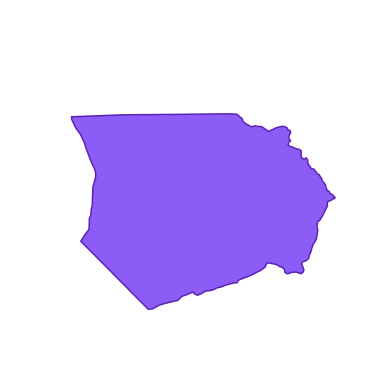 Poço Redondo, Sergipe, Brazil (Natural Earth projection), rotated 240°
{"feature_id": "56859067B19091315628692", "entity_name": "Poço Redondo", "entity_type": "district", "adm_level": 2, "iso_a3": "BRA", "parent_name": "Brazil", "parent_adm1": "Sergipe", "projection": "natural_earth1", "projection_center": [-37.757, -9.851], "detail": "fine", "context": "isolated", "style": "filled", "palette": "violet", "viewbox_px": 384, "rotation_deg": 240, "n_neighbors": 0, "source": "geoboundaries", "source_scale": "gbopen_adm2", "svg_char_len": 2339}
<svg xmlns="http://www.w3.org/2000/svg" viewBox="0 0 384 384"><g transform="rotate(240 192 192)"><path d="M208.9,78.6L204.9,71.0L192.5,74.4L158.6,83.3L140.3,88.1L135.8,89.2L124.7,92.2L117.2,94.2L112.4,95.4L110.5,99.6L110.4,106.9L108.9,113.3L107.6,117.8L106.5,121.6L105.2,125.4L106.0,128.3L106.7,131.0L105.7,136.2L105.4,138.6L105.0,142.5L102.1,143.5L99.8,145.2L99.4,148.5L99.4,151.6L99.3,154.3L98.3,156.8L97.0,159.9L96.5,163.0L96.6,165.0L95.0,170.7L94.7,173.9L93.9,177.1L92.4,182.4L91.0,185.4L92.4,188.6L91.9,191.8L91.5,194.5L90.9,197.5L90.4,202.1L90.1,204.7L90.1,207.9L89.7,212.5L90.1,215.1L90.3,217.5L91.6,219.3L93.1,221.7L91.2,224.2L89.4,226.1L88.1,227.7L85.8,229.6L83.6,230.6L81.5,232.6L79.1,233.3L75.9,232.3L73.6,233.5L72.7,236.3L72.7,238.3L71.6,240.0L70.5,242.3L68.2,244.2L66.7,245.6L67.2,248.5L68.8,250.1L71.2,250.5L73.5,250.7L76.3,252.0L75.5,255.6L75.8,258.4L76.3,260.1L78.5,262.0L80.2,264.3L81.8,266.2L83.4,267.6L84.5,269.0L86.3,271.0L87.3,273.4L89.3,276.4L96.1,281.9L98.6,282.5L101.0,283.9L103.4,285.9L103.5,288.4L104.8,290.5L105.8,292.8L107.2,294.8L112.3,302.3L114.5,303.4L115.8,305.2L115.3,308.0L115.3,310.8L115.4,313.0L117.3,312.8L119.8,312.2L121.8,310.8L123.8,311.2L125.4,309.8L127.3,310.1L129.1,310.3L131.4,311.1L134.1,311.0L136.4,310.3L139.0,311.0L141.6,310.8L143.7,310.8L144.9,309.4L146.7,309.8L148.5,309.2L151.0,309.0L152.5,307.0L154.5,307.0L157.1,306.6L159.6,306.9L161.8,308.2L164.4,308.0L164.4,306.1L165.6,304.6L168.1,304.2L170.9,305.9L173.1,307.2L175.4,306.1L176.8,304.3L179.2,302.5L181.7,300.7L183.2,299.1L184.9,298.8L186.3,300.3L187.0,302.9L190.1,302.7L192.6,304.6L194.0,306.9L195.9,307.8L197.6,306.3L200.1,306.4L202.2,305.0L203.8,303.0L204.7,300.1L205.6,296.9L205.7,294.2L205.9,291.6L206.4,288.4L209.4,287.1L211.8,286.0L214.2,284.6L215.8,281.9L218.0,279.5L218.1,277.3L219.4,275.5L221.2,274.7L224.0,272.7L227.5,271.5L230.3,272.2L233.5,270.9L235.2,270.4L237.1,269.5L240.2,264.9L260.6,228.8L262.2,225.8L272.6,207.5L281.9,190.9L282.9,189.4L287.7,180.7L293.5,170.5L294.7,168.2L317.3,125.4L315.6,124.3L313.3,123.9L305.0,123.4L298.2,124.2L287.7,123.3L285.4,122.7L282.6,122.0L268.4,119.8L261.3,119.2L258.1,118.6L254.6,117.1L252.4,115.3L245.5,108.4L241.4,105.9L239.8,104.8L230.2,98.9L227.9,96.5L222.8,93.0L220.3,89.8L217.0,87.8L211.5,84.4L210.4,82.5L208.9,78.6Z" fill="#8b5cf6" stroke="#5b21b6" stroke-width="1.5"/></g></svg>